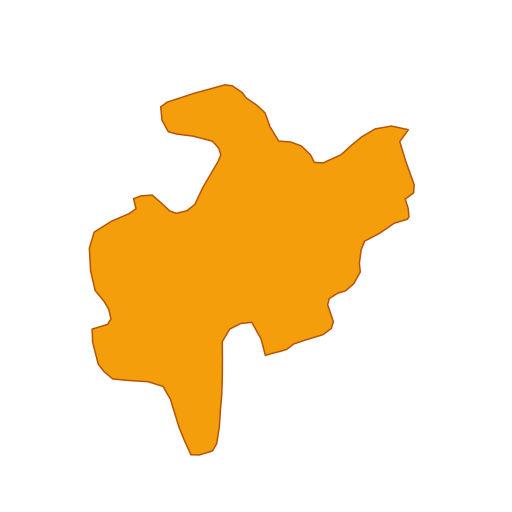 the Canton of Tuzla, rotated 253°
{"feature_id": "BIH-2887", "entity_name": "Tuzla", "entity_type": "Canton", "adm_level": 1, "iso_a3": "BIH", "parent_name": "Bosnia and Herzegovina", "parent_adm1": "", "projection": "equal_earth", "projection_center": [18.577, 44.534], "detail": "fine", "context": "isolated", "style": "filled", "palette": "amber", "viewbox_px": 512, "rotation_deg": 253, "n_neighbors": 0, "source": "natural_earth", "source_scale": "10m", "svg_char_len": 1460}
<svg xmlns="http://www.w3.org/2000/svg" viewBox="0 0 512 512"><g transform="rotate(253 256 256)"><path d="M158.2,235.9L158.3,235.9L175.0,236.6L193.8,232.6L195.9,221.7L193.8,209.5L183.9,198.7L167.7,193.9L152.6,189.2L134.4,183.1L119.2,177.0L103.1,170.9L88.0,163.5L82.3,157.4L82.3,143.8L84.9,135.7L99.5,133.7L115.2,132.3L143.8,132.3L158.4,129.0L167.3,116.1L175.2,95.2L180.4,83.0L189.8,76.9L198.6,73.5L221.5,74.6L234.0,77.9L234.0,88.7L234.0,94.1L238.2,98.9L248.1,99.6L256.9,97.5L270.0,92.1L290.3,93.5L312.2,98.9L326.2,108.3L331.5,128.0L333.6,146.9L336.2,155.0L346.6,155.7L347.1,163.8L344.6,174.6L334.7,180.7L324.2,186.8L320.1,192.3L319.5,203.1L323.2,212.6L337.3,225.4L357.2,247.1L362.9,251.9L370.2,251.9L378.6,247.8L389.0,230.9L395.7,216.0L400.4,208.5L413.5,205.8L426.5,208.5L429.1,216.0L429.6,239.6L429.7,243.8L428.8,276.3L425.7,283.1L416.3,290.6L410.0,292.9L399.6,301.1L390.2,306.5L375.5,307.2L359.3,311.3L354.7,322.8L347.9,331.6L336.9,337.7L328.5,339.1L325.4,347.3L328.0,367.0L333.8,379.2L339.1,392.1L342.7,407.1L340.7,423.4L332.8,437.7L332.0,438.5L323.4,426.9L303.1,426.9L277.9,428.1L270.3,425.2L266.8,415.4L256.6,415.4L248.6,413.7L246.9,411.4L246.9,397.6L241.6,380.9L238.5,364.3L231.4,358.5L219.0,352.8L210.2,351.0L200.9,341.3L196.5,331.5L196.5,322.9L193.9,313.7L188.6,310.3L170.5,310.8L164.7,306.8L161.2,297.0L161.2,287.3L161.2,277.6L160.8,266.1L157.7,258.0L157.7,251.2L158.2,242.0L158.2,235.9Z" fill="#f59e0b" stroke="#b45309" stroke-width="1.5"/></g></svg>